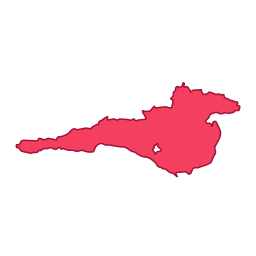 map outline of Chuy (Natural Earth projection), rotated 182°
{"feature_id": "KGZ-1116", "entity_name": "Chuy", "entity_type": "Region", "adm_level": 1, "iso_a3": "KGZ", "parent_name": "Kyrgyzstan", "parent_adm1": "", "projection": "natural_earth1", "projection_center": [74.767, 42.563], "detail": "fine", "context": "isolated", "style": "filled", "palette": "rose", "viewbox_px": 256, "rotation_deg": 182, "n_neighbors": 0, "source": "natural_earth", "source_scale": "10m", "svg_char_len": 5796}
<svg xmlns="http://www.w3.org/2000/svg" viewBox="0 0 256 256"><g transform="rotate(182 128 128)"><path d="M76.6,80.9L78.1,81.7L80.8,84.0L82.3,84.6L84.1,84.9L85.6,85.6L88.4,87.8L89.4,88.3L91.7,88.5L93.6,89.7L95.8,90.2L96.8,90.8L97.5,91.6L98.9,93.8L99.6,94.6L105.1,98.5L107.0,99.2L113.0,100.1L117.6,102.2L119.1,103.5L120.7,104.1L123.9,105.1L125.4,105.9L126.7,106.8L129.9,108.6L131.3,108.9L134.9,108.9L146.9,110.4L149.0,110.2L150.1,110.3L153.5,111.6L154.9,111.6L156.5,111.0L158.0,109.9L159.2,108.7L159.8,107.8L161.5,103.5L162.1,103.0L162.9,102.8L163.5,102.8L166.2,102.6L168.3,102.8L172.5,104.0L173.7,104.1L177.2,103.0L178.6,102.9L182.5,103.8L187.4,103.8L192.0,105.1L192.5,105.1L193.6,104.6L194.2,104.6L194.8,104.9L195.4,106.0L195.9,106.2L196.9,106.0L198.4,104.5L199.4,104.1L200.8,104.3L203.6,105.4L205.0,105.6L206.1,105.3L208.2,104.5L210.6,104.6L211.6,104.3L213.6,103.3L213.8,103.1L213.9,102.7L214.0,102.5L214.4,102.4L215.4,102.6L215.7,102.6L216.1,102.3L217.2,101.1L218.3,100.4L219.3,100.3L221.7,100.2L223.8,99.5L224.8,99.3L225.9,99.7L231.9,100.7L233.8,101.3L234.4,101.8L235.9,103.8L236.7,104.4L237.6,104.6L238.5,104.6L239.1,106.3L239.0,106.8L238.8,107.3L238.5,107.4L238.1,107.4L237.4,107.2L237.0,107.2L236.8,107.4L236.5,107.6L235.1,108.9L234.9,109.5L234.6,110.7L234.3,111.1L233.9,111.5L232.5,111.9L231.4,112.1L218.8,111.9L218.1,112.0L217.8,112.3L217.6,112.6L217.5,113.1L217.3,113.5L217.1,113.9L216.8,114.3L216.4,114.5L216.0,114.5L214.3,114.3L211.8,113.3L211.2,113.2L210.9,113.3L208.0,114.7L207.3,114.9L206.7,114.9L205.0,114.3L203.6,114.4L200.2,113.7L199.7,113.6L199.3,113.8L199.1,114.1L198.1,116.2L197.7,116.4L197.4,116.6L193.4,117.4L189.7,119.0L188.5,119.7L187.4,120.5L184.5,123.8L184.2,124.1L182.9,125.0L182.3,125.2L181.8,125.3L181.4,125.3L181.1,125.2L180.4,125.1L179.5,124.6L178.3,124.6L170.9,126.3L169.9,126.4L165.9,126.0L165.1,126.1L164.7,126.4L164.1,127.5L163.8,127.8L163.3,128.1L162.0,128.7L161.3,129.1L160.0,130.1L159.3,130.4L158.7,130.6L157.9,130.6L157.6,130.8L157.5,131.2L157.5,132.2L157.4,132.4L157.2,133.1L157.0,133.4L156.6,133.7L154.5,134.9L153.5,135.4L153.3,135.7L152.6,136.4L149.8,138.2L149.1,138.4L148.7,138.3L148.7,137.9L148.9,136.7L148.8,136.3L148.7,136.0L148.6,135.7L148.4,135.4L148.1,135.2L147.8,135.3L146.9,135.6L143.0,136.5L142.3,136.6L141.9,136.5L139.6,135.5L139.2,135.5L138.9,135.7L138.6,135.9L138.2,136.1L136.7,136.6L136.1,136.7L128.0,136.4L125.8,135.7L125.4,135.8L125.0,135.9L124.8,136.2L124.0,136.7L122.3,137.3L120.9,135.6L120.4,135.4L119.9,135.3L119.6,135.6L119.2,135.9L118.5,136.2L110.7,137.4L110.1,137.7L111.2,140.1L113.6,143.8L114.0,144.7L114.1,145.5L113.8,145.7L113.4,145.7L113.0,145.6L111.8,145.2L111.4,145.2L107.3,145.5L106.2,146.1L104.1,148.7L102.9,150.4L102.6,150.5L102.2,150.4L102.1,150.1L102.0,149.8L101.8,149.5L101.5,149.2L100.3,149.2L90.7,150.5L90.2,150.4L89.8,150.2L89.3,150.0L87.2,149.7L85.9,149.6L85.5,149.7L85.2,149.8L84.9,150.6L83.9,156.2L84.0,156.9L84.1,157.7L85.5,158.0L85.9,158.3L86.3,158.7L86.4,159.0L85.7,159.6L85.2,160.1L84.5,160.9L84.2,161.3L84.0,161.7L83.8,162.4L83.7,162.8L83.8,163.2L84.0,164.3L83.9,164.9L83.7,165.4L82.4,166.8L81.9,167.4L81.8,167.9L81.7,168.4L81.8,169.5L81.6,170.0L81.3,170.5L80.7,170.9L80.1,171.2L79.6,171.2L79.3,171.1L79.0,170.9L78.5,170.5L78.3,170.4L78.1,170.3L77.8,170.3L77.4,170.4L75.9,171.4L75.4,171.8L75.2,172.2L75.1,172.8L74.8,174.4L74.5,174.9L74.2,175.1L73.9,175.1L73.7,174.9L73.5,174.7L73.4,174.4L73.3,174.0L73.3,173.6L73.6,172.1L73.6,171.6L73.6,171.2L73.4,171.0L73.2,170.9L72.9,170.9L71.6,171.3L71.2,171.3L70.7,171.3L70.3,171.2L69.9,171.0L69.5,170.7L69.2,170.4L68.6,169.3L68.4,169.0L67.9,168.6L67.6,168.3L67.5,167.9L67.1,167.1L67.0,166.8L66.6,166.2L64.4,167.9L63.4,168.2L62.5,168.2L56.1,168.8L55.3,166.0L54.7,165.0L54.0,164.7L53.5,164.5L52.3,164.3L51.9,164.3L51.5,164.4L51.2,164.5L50.0,165.1L49.7,165.3L49.2,165.7L48.9,166.1L48.6,166.4L48.2,166.6L47.3,166.7L46.8,166.6L41.8,164.8L41.1,164.7L40.4,164.7L38.8,165.1L38.0,165.1L36.3,164.5L35.7,164.3L35.2,164.3L33.6,164.7L33.4,164.6L33.3,164.3L32.9,163.0L32.7,162.4L32.5,162.1L32.2,161.8L31.7,161.4L30.7,160.8L30.1,160.6L29.5,160.5L28.6,160.5L28.2,160.3L27.5,159.5L26.9,159.3L24.4,158.9L21.7,157.9L20.9,157.8L20.4,157.7L20.0,157.9L19.8,157.7L19.6,157.4L19.2,156.5L19.8,155.5L20.0,155.2L20.0,154.9L19.9,154.7L19.7,154.5L19.5,154.4L17.5,153.9L17.2,153.6L17.0,153.3L16.9,152.8L17.0,152.4L17.4,150.4L17.6,149.9L18.0,149.5L18.6,149.3L20.3,149.3L21.0,149.2L21.7,148.8L22.3,148.0L22.5,147.8L22.7,147.7L24.2,147.0L25.5,146.6L26.5,146.5L27.5,146.3L28.3,146.2L29.3,146.3L29.9,146.6L30.7,146.7L31.5,146.6L33.6,145.8L34.5,145.6L35.8,145.5L37.8,145.8L38.2,145.9L39.7,146.7L40.6,146.7L41.7,146.4L45.0,145.1L45.8,144.7L47.3,142.8L47.4,141.7L47.7,141.1L48.6,140.0L50.0,138.7L50.3,138.3L50.4,137.8L50.4,137.0L50.2,136.5L49.6,135.6L49.0,135.4L48.7,135.4L47.2,135.6L46.7,135.6L46.2,135.5L45.8,135.3L45.5,135.1L45.2,134.8L45.1,134.6L44.9,134.3L44.6,133.1L44.4,132.8L44.2,132.8L43.8,133.4L43.5,134.0L43.4,134.8L43.5,135.2L43.6,135.5L43.6,135.8L43.2,136.6L41.9,137.7L40.4,137.5L36.6,130.5L35.7,128.4L35.3,126.2L35.5,123.6L36.1,121.2L39.0,115.3L40.4,112.4L40.6,111.4L40.5,110.1L39.8,107.9L39.7,106.7L39.9,105.6L40.3,104.6L41.4,102.8L43.5,97.3L44.1,96.4L44.9,95.7L47.5,94.3L56.6,90.8L57.6,90.6L59.8,90.7L61.8,89.7L63.6,85.1L65.2,83.9L66.2,84.3L68.2,86.0L69.1,86.3L77.5,85.3L78.4,84.9L78.6,83.9L78.0,82.7L76.6,80.9ZM100.6,111.6L101.1,111.6L101.3,111.4L101.1,110.6L101.1,109.8L101.2,109.0L101.8,108.6L102.1,108.0L102.7,107.7L102.8,107.3L102.7,107.0L102.5,106.7L101.8,105.9L101.0,105.0L100.5,104.1L100.1,102.8L100.0,102.7L99.7,102.8L99.2,103.9L98.6,104.7L97.6,105.4L94.7,106.1L93.9,106.9L94.4,108.0L96.6,109.7L97.4,110.2L97.5,111.0L97.3,111.6L97.4,112.5L97.7,113.1L98.0,113.4L98.4,113.4L98.7,113.0L99.1,112.2L99.8,111.5L100.6,111.6Z" fill="#f43f5e" stroke="#9f1239" stroke-width="1.5"/></g></svg>